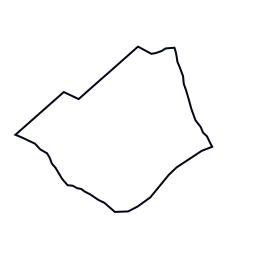 Itaúna do Sul, Paraná, Brazil (Robinson projection), rotated 318°
{"feature_id": "56859067B85448512958769", "entity_name": "Itaúna do Sul", "entity_type": "district", "adm_level": 2, "iso_a3": "BRA", "parent_name": "Brazil", "parent_adm1": "Paraná", "projection": "robinson", "projection_center": [-52.897, -22.73], "detail": "fine", "context": "isolated", "style": "outline", "palette": "ink", "viewbox_px": 256, "rotation_deg": 318, "n_neighbors": 0, "source": "geoboundaries", "source_scale": "gbopen_adm2", "svg_char_len": 737}
<svg xmlns="http://www.w3.org/2000/svg" viewBox="0 0 256 256"><g transform="rotate(318 128 128)"><path d="M39.8,57.7L42.9,64.3L45.7,71.0L48.4,77.4L48.5,85.2L50.9,92.6L49.8,98.0L47.6,103.6L47.5,109.1L45.0,121.6L44.8,130.1L48.3,133.9L50.0,138.8L52.4,141.9L53.2,146.0L55.4,151.8L57.9,161.7L60.4,167.9L62.1,181.6L72.3,190.1L82.7,192.8L98.1,194.5L127.0,190.1L137.9,189.8L167.5,194.3L178.0,198.3L179.3,193.2L181.1,187.1L180.7,181.4L182.7,175.9L183.3,167.4L188.0,155.9L192.2,147.6L196.3,139.0L199.0,132.5L203.6,126.3L207.1,117.4L209.1,111.7L211.8,107.7L214.4,103.4L216.2,99.4L209.3,94.1L204.3,93.2L198.4,90.7L195.0,88.5L189.9,74.2L152.8,73.9L129.0,73.6L110.7,73.5L104.3,58.3L39.8,57.7Z" fill="none" stroke="#020617" stroke-width="2"/></g></svg>